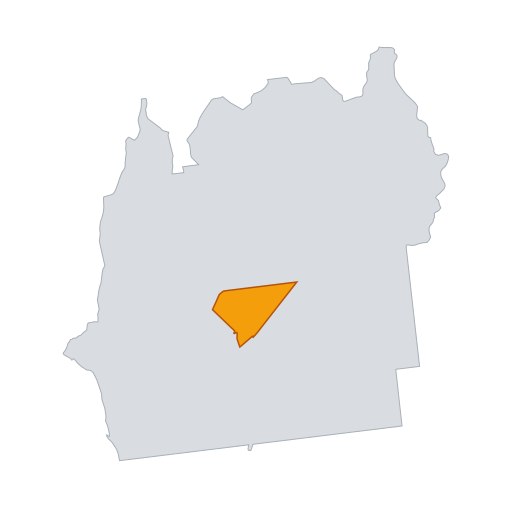 Ad Dabbah, Northern, Sudan (highlighted), rotated 173°
{"feature_id": "16777658B45906237385518", "entity_name": "Ad Dabbah", "entity_type": "district", "adm_level": 2, "iso_a3": "SDN", "parent_name": "Sudan", "parent_adm1": "Northern", "projection": "natural_earth1", "projection_center": [31.506, 17.537], "detail": "fine", "context": "in_parent", "style": "filled", "palette": "amber", "viewbox_px": 512, "rotation_deg": 173, "n_neighbors": 0, "source": "geoboundaries", "source_scale": "gbopen_adm2", "svg_char_len": 4584}
<svg xmlns="http://www.w3.org/2000/svg" viewBox="0 0 512 512"><g transform="rotate(173 256 256)"><path d="M350.7,425.8L346.2,425.8L345.7,424.6L345.7,421.1L346.2,418.6L347.9,414.5L347.5,412.2L347.7,409.0L346.5,405.4L335.6,394.9L333.4,392.0L327.5,389.4L328.6,386.4L326.1,365.0L327.3,362.5L327.7,358.7L327.6,355.4L329.0,350.0L329.2,347.6L317.6,347.5L317.4,349.8L317.9,352.5L317.9,353.5L301.8,353.6L308.2,362.0L308.5,365.7L308.2,370.3L308.3,373.2L308.6,375.2L310.4,378.9L310.3,379.6L309.9,380.5L298.4,391.8L296.5,397.0L295.0,399.7L291.6,404.3L281.1,416.3L279.4,417.1L271.4,417.5L270.6,417.8L270.0,418.3L269.7,418.2L262.8,411.2L251.3,402.7L243.7,407.1L241.6,408.7L241.6,412.8L240.5,414.9L238.4,417.1L232.8,418.6L229.8,419.8L226.4,422.1L222.9,425.9L222.7,427.9L223.1,429.7L203.6,429.6L202.4,428.2L199.6,421.9L197.6,422.2L179.9,421.5L177.4,422.2L172.3,424.8L169.7,425.2L167.1,424.0L157.9,411.5L155.9,410.0L153.8,407.1L151.8,405.7L151.1,404.8L150.9,403.5L151.0,400.7L150.3,399.0L148.9,398.6L136.4,401.5L134.6,401.2L131.9,401.7L131.0,402.2L130.0,403.9L129.8,407.3L129.4,409.0L128.5,410.9L124.9,415.1L124.1,416.9L124.2,421.6L124.0,424.0L123.4,425.1L121.9,426.8L121.3,427.9L120.7,433.8L118.7,437.5L118.2,438.7L118.1,441.3L117.8,442.1L112.1,444.2L110.0,445.5L108.7,447.5L108.4,448.4L105.9,447.7L102.9,447.2L96.9,446.5L94.6,445.6L93.5,444.1L93.9,440.5L93.3,439.8L92.3,439.1L91.7,437.5L91.9,435.7L95.0,431.5L95.7,429.3L96.5,418.8L96.3,415.6L93.9,409.7L88.3,399.5L86.9,397.6L79.9,389.2L79.1,388.0L77.4,384.5L79.3,376.7L79.5,374.6L79.0,372.4L77.2,370.7L75.6,370.5L73.5,368.5L72.2,367.5L71.0,365.7L70.1,363.2L70.8,354.1L70.4,352.9L68.6,352.5L68.2,351.9L68.3,350.1L67.4,344.9L66.3,340.6L66.9,338.3L65.4,335.0L62.6,333.6L56.9,334.7L55.1,334.5L53.9,333.9L53.1,332.7L52.7,331.3L53.1,329.2L54.7,325.4L56.8,322.2L60.9,319.3L62.0,317.7L62.6,316.0L62.7,314.1L62.5,312.0L62.0,310.1L60.9,307.6L59.8,304.7L59.8,302.7L60.3,301.2L61.4,299.5L65.5,296.2L69.7,293.4L70.4,292.4L70.1,291.2L68.2,288.9L67.7,284.5L66.7,281.3L68.8,279.0L70.4,278.2L72.8,277.4L73.7,276.5L74.0,274.6L74.0,272.8L74.9,271.5L76.1,268.6L77.0,267.3L80.2,264.0L80.9,261.8L81.2,259.7L80.4,253.4L82.2,250.8L84.6,248.6L87.9,248.8L93.1,248.3L96.7,247.4L99.2,247.4L104.9,248.6L105.5,248.1L105.9,246.4L107.1,126.5L130.8,126.5L131.1,126.3L131.8,69.5L280.9,69.5L282.1,69.3L284.5,64.0L285.5,63.6L287.0,63.9L287.5,65.1L286.3,69.5L416.4,69.5L416.8,75.9L417.9,81.1L421.6,88.6L424.8,92.6L425.9,94.8L426.1,95.8L425.9,96.7L425.0,95.6L423.4,94.9L423.2,98.4L424.0,105.5L425.4,110.5L424.4,115.1L424.6,122.9L426.4,132.3L426.1,138.2L429.0,152.2L431.7,159.9L433.2,161.8L434.8,162.8L437.9,163.5L442.6,167.4L446.3,171.6L447.6,173.8L449.4,176.2L450.7,175.7L451.4,175.1L452.6,177.0L458.5,181.2L459.3,183.1L457.3,185.0L454.9,188.3L453.7,191.3L453.1,192.3L451.2,194.2L450.9,195.1L450.0,195.7L449.1,195.7L447.2,196.7L445.4,196.4L443.6,197.0L442.9,197.7L441.5,198.3L439.5,198.7L436.5,201.2L433.9,202.5L433.0,203.5L431.7,208.6L430.7,210.0L426.7,210.1L424.8,210.5L422.2,210.0L420.9,210.0L420.6,211.1L420.2,215.5L420.3,217.4L418.1,222.4L418.8,231.7L416.7,238.7L416.4,240.3L414.3,245.9L413.2,247.9L410.6,258.3L409.5,261.5L407.2,264.8L409.7,289.7L407.8,297.3L407.9,301.5L406.6,307.6L405.5,310.4L403.8,313.9L402.3,317.7L401.1,322.7L400.3,332.3L399.8,333.2L392.9,334.3L390.7,335.0L389.2,336.1L387.4,338.5L383.9,345.3L382.0,349.4L379.1,355.0L375.7,359.0L375.0,360.9L374.5,364.5L373.2,370.3L372.1,374.3L372.3,377.6L371.3,383.3L371.4,386.0L370.2,387.6L368.6,389.0L367.5,389.4L362.7,385.6L359.3,388.2L357.1,391.9L355.5,395.6L356.4,403.4L356.4,405.1L355.9,407.0L352.7,414.7L351.7,418.2L350.7,424.4L350.7,425.8Z" fill="#d9dde1" stroke="#a8b0b8" stroke-width="1"/><path d="M305.7,208.0L305.3,207.5L293.8,193.4L290.5,189.3L286.3,184.3L286.6,183.0L287.3,182.3L287.3,181.9L287.0,181.7L286.8,181.8L286.5,182.0L286.0,182.0L285.8,182.3L285.0,182.4L284.4,182.3L284.1,182.0L284.9,176.1L284.3,173.1L283.7,170.3L283.1,167.6L272.3,174.8L269.4,176.7L269.2,176.1L268.7,176.2L268.6,176.3L268.5,175.9L266.8,177.3L263.7,180.1L259.6,184.3L244.3,199.6L237.2,206.7L218.9,225.0L218.7,225.2L235.7,225.2L241.4,225.2L253.4,225.2L261.2,225.2L273.8,225.2L275.6,225.2L277.6,225.2L283.8,225.2L285.9,225.2L289.7,225.2L292.6,225.1L293.4,224.7L294.8,223.8L297.1,222.3L297.2,222.2L297.3,222.0L297.3,221.9L297.5,221.6L297.7,221.2L298.1,220.7L298.4,220.2L298.7,219.6L299.0,219.1L299.7,218.0L300.4,216.8L300.6,216.5L300.7,216.2L300.8,216.1L301.6,214.8L301.7,214.6L302.7,213.0L302.9,212.6L303.3,212.0L303.4,211.9L303.5,211.7L304.1,210.8L304.5,210.1L305.7,208.0Z" fill="#f59e0b" stroke="#b45309" stroke-width="1.5"/></g></svg>